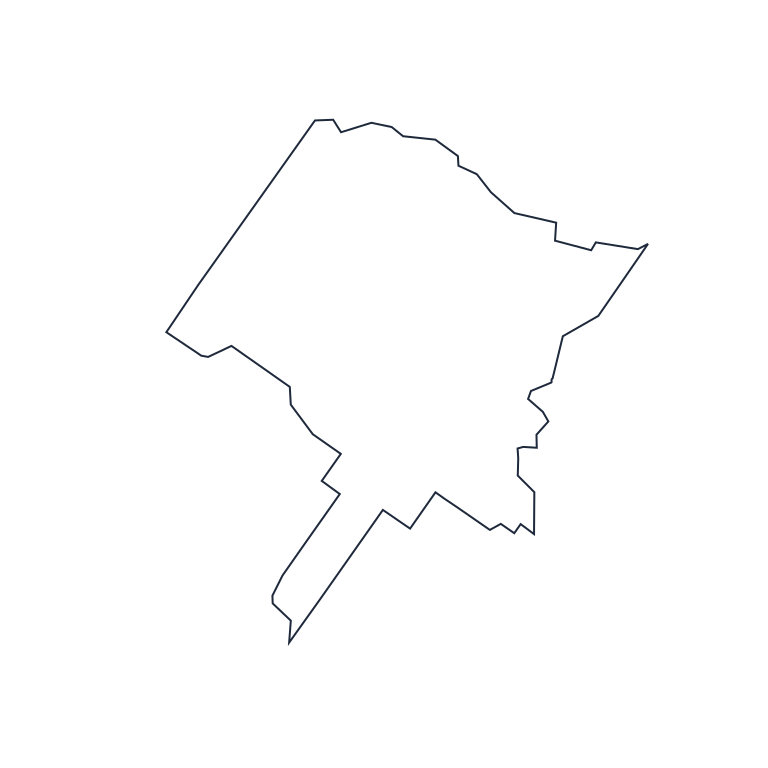 outline of St. Landry, Louisiana, United States of America, rotated 305°
{"feature_id": "52423323B7471592660560", "entity_name": "St. Landry", "entity_type": "district", "adm_level": 2, "iso_a3": "USA", "parent_name": "United States of America", "parent_adm1": "Louisiana", "projection": "albers", "projection_center": [-92.032, 30.574], "detail": "fine", "context": "isolated", "style": "outline", "palette": "slate", "viewbox_px": 768, "rotation_deg": 305, "n_neighbors": 0, "source": "geoboundaries", "source_scale": "gbopen_adm2", "svg_char_len": 1018}
<svg xmlns="http://www.w3.org/2000/svg" viewBox="0 0 768 768"><g transform="rotate(305 384 384)"><path d="M301.6,176.0L302.4,218.1L305.3,224.4L327.7,237.2L327.6,308.5L313.6,319.5L302.0,354.5L302.0,388.7L268.9,388.6L268.5,410.9L205.2,410.7L168.9,410.7L146.6,414.0L140.4,418.7L136.7,443.4L117.8,454.6L169.9,455.1L267.3,455.3L280.2,455.3L280.5,488.3L324.8,488.3L324.7,499.0L325.0,515.9L325.2,554.4L336.4,559.9L336.5,576.3L347.6,576.3L347.1,593.0L381.6,569.2L385.7,546.1L400.1,536.6L407.8,530.4L412.3,534.1L419.4,545.7L429.9,538.0L447.6,540.1L452.3,530.1L454.4,510.6L462.6,508.4L480.8,520.0L481.2,520.2L481.9,520.1L482.5,519.5L484.2,518.6L485.5,518.9L486.9,518.2L488.9,517.5L525.7,503.1L562.7,520.5L594.0,520.3L650.2,519.9L640.1,514.6L621.5,476.3L612.4,477.0L599.5,441.9L614.9,432.5L598.8,392.8L602.4,361.6L609.1,339.7L605.5,319.8L613.1,313.8L613.6,285.9L597.9,257.5L598.9,242.9L590.7,223.8L565.6,204.4L571.3,190.8L560.3,176.3L421.3,175.4L358.8,175.0L301.6,176.0Z" fill="none" stroke="#1e293b" stroke-width="2"/></g></svg>